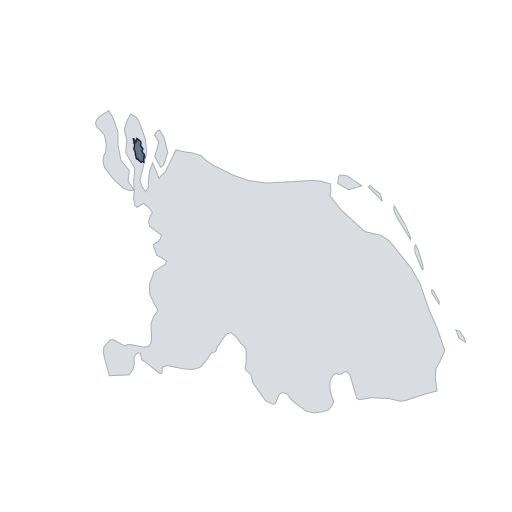 Goes, Zeeland, Netherlands shown in context, rotated 73°
{"feature_id": "6326949B11720350341334", "entity_name": "Goes", "entity_type": "district", "adm_level": 2, "iso_a3": "NLD", "parent_name": "Netherlands", "parent_adm1": "Zeeland", "projection": "natural_earth1", "projection_center": [3.836, 51.516], "detail": "fine", "context": "in_parent", "style": "filled", "palette": "slate", "viewbox_px": 512, "rotation_deg": 73, "n_neighbors": 0, "source": "geoboundaries", "source_scale": "gbopen_adm2", "svg_char_len": 5600}
<svg xmlns="http://www.w3.org/2000/svg" viewBox="0 0 512 512"><g transform="rotate(73 256 256)"><path d="M327.6,431.2L317.8,431.0L308.7,430.7L303.9,430.1L298.7,428.2L296.3,424.4L293.5,419.8L294.2,417.0L302.7,408.9L303.9,406.7L303.1,405.5L303.9,402.0L310.3,390.0L311.1,385.2L308.2,381.8L303.9,379.8L290.2,376.3L283.6,371.3L280.5,366.9L277.4,365.7L272.9,367.1L261.6,368.8L252.3,366.4L241.3,358.1L238.8,350.8L237.4,345.1L234.6,343.1L231.0,346.0L226.4,350.6L217.2,351.2L214.6,350.1L214.1,347.6L213.6,345.1L211.1,342.1L208.3,340.4L196.7,348.9L192.4,348.9L186.9,345.6L184.2,342.4L178.3,344.3L172.9,348.2L174.8,355.6L171.9,357.0L165.3,356.3L157.8,353.2L149.4,351.4L136.8,346.3L119.1,350.4L106.8,345.5L96.6,345.0L90.3,341.0L83.5,334.4L88.3,330.0L93.0,328.5L111.7,327.6L125.2,330.3L149.6,344.8L155.8,344.7L162.3,342.8L159.0,338.9L152.9,337.0L143.8,333.1L136.6,327.6L153.6,325.9L151.2,323.0L149.0,318.2L131.0,301.4L134.1,296.8L138.6,287.1L144.2,279.0L148.6,276.8L155.9,271.1L171.9,254.3L181.9,240.6L189.4,224.3L200.3,179.7L203.5,172.1L208.8,163.7L215.4,165.3L220.1,167.7L236.4,161.3L264.5,144.9L272.6,130.6L280.7,124.0L312.8,111.1L330.6,107.2L358.1,106.2L377.9,103.9L401.7,103.1L410.9,111.1L416.3,116.9L424.8,120.1L438.0,122.3L437.4,133.9L437.9,156.6L437.0,160.7L431.2,170.3L425.2,187.6L423.7,198.9L421.9,201.1L396.8,201.0L393.2,203.0L392.7,205.5L394.0,208.4L393.5,211.3L391.5,213.7L392.7,217.4L397.1,221.7L405.1,224.4L413.6,224.6L418.0,224.1L421.2,227.2L424.4,231.9L424.3,237.9L423.2,245.8L419.3,253.2L407.8,261.7L402.6,264.7L397.7,266.2L395.4,268.5L394.4,271.3L394.7,273.9L403.0,280.7L402.9,282.2L400.5,285.8L397.4,289.1L376.1,296.1L367.3,295.6L362.3,299.0L360.7,299.7L355.1,296.5L342.6,292.8L337.9,294.1L335.3,296.1L327.5,298.5L321.9,302.4L322.0,307.3L332.0,320.0L335.6,322.5L335.8,327.3L340.7,333.2L345.7,340.7L346.3,345.5L345.8,350.3L343.3,357.1L334.8,373.1L334.8,376.2L335.5,378.5L338.5,379.2L340.7,380.4L340.1,382.5L324.0,393.6L322.0,395.6L315.2,395.0L314.2,396.9L315.1,399.9L317.8,402.5L323.6,403.9L328.6,406.7L332.6,412.3L327.6,431.2ZM157.8,353.2L156.4,357.9L152.7,363.0L140.0,370.3L126.8,375.1L120.0,374.5L115.3,372.0L112.8,369.4L105.7,366.8L96.0,365.5L89.9,368.3L85.6,370.9L81.8,370.5L79.0,368.3L76.8,364.9L74.0,354.3L81.2,352.4L96.9,351.7L109.0,355.4L125.0,357.2L137.2,352.1L146.8,356.4L157.8,353.2ZM131.2,310.1L140.6,316.7L142.6,318.9L143.3,321.2L131.4,323.8L118.8,315.6L110.5,317.6L107.4,313.7L107.3,311.3L116.0,309.2L131.2,310.1ZM219.8,148.0L210.5,156.6L204.8,154.2L203.1,152.2L206.0,145.5L219.8,134.3L219.8,148.0ZM261.1,109.8L252.3,110.8L248.3,109.1L269.5,104.3L282.9,102.8L285.3,103.5L261.1,109.8ZM318.0,101.0L299.4,102.9L293.1,101.4L292.0,100.0L297.1,99.2L313.0,99.0L317.9,100.2L318.0,101.0ZM240.7,119.2L223.2,128.1L221.7,126.7L233.0,119.0L240.7,119.2ZM393.8,86.0L385.0,86.4L387.5,83.2L395.6,80.8L399.9,80.8L393.8,86.0ZM356.0,94.7L342.9,98.8L339.7,97.9L340.4,96.7L352.0,94.2L356.0,94.7Z" fill="#d9dde1" stroke="#a8b0b8" stroke-width="1"/><path d="M127.8,341.9L128.0,341.7L128.1,341.4L128.0,341.2L128.3,341.1L128.6,341.1L128.8,341.2L128.9,340.9L129.0,340.8L129.0,340.7L129.0,340.4L130.3,340.2L130.7,339.7L130.8,339.7L131.9,338.9L132.8,338.6L132.8,338.4L132.7,338.0L132.7,337.9L132.6,337.5L132.6,337.3L132.6,337.2L132.6,336.8L132.7,336.7L133.1,336.2L133.4,335.9L133.2,335.8L132.9,335.8L132.9,335.7L132.7,335.7L132.4,335.7L132.0,335.6L131.8,335.6L131.7,335.6L131.3,335.4L131.1,335.4L130.9,335.3L130.7,335.3L130.7,335.2L130.4,335.1L130.0,334.9L129.9,334.9L129.7,334.8L129.6,334.7L129.7,334.4L129.5,334.2L129.3,334.0L129.2,334.0L129.2,333.9L128.9,333.8L128.7,333.9L128.8,333.7L128.7,333.7L128.3,333.7L128.1,333.6L127.9,333.6L127.9,333.4L127.7,333.3L127.5,333.2L127.3,333.2L127.1,333.2L126.9,333.2L126.6,333.2L126.4,333.2L126.2,333.2L126.2,333.3L125.8,333.4L125.6,333.5L125.4,333.6L125.2,333.7L125.0,333.8L124.9,333.8L124.6,333.9L124.4,334.0L124.2,334.1L123.9,334.2L123.7,334.2L123.2,334.3L122.9,334.3L122.7,334.3L122.4,334.3L122.4,334.2L122.1,334.1L121.9,334.0L121.8,333.9L121.7,333.8L121.6,333.7L121.3,333.5L121.2,333.5L121.1,333.4L120.9,333.2L120.7,333.0L120.5,332.9L120.4,332.9L120.2,332.9L120.0,333.0L119.9,333.0L119.7,333.1L119.4,333.1L119.1,333.2L119.0,333.3L118.9,333.3L118.7,333.3L118.3,333.5L118.2,333.5L117.7,333.7L117.5,333.8L117.4,333.9L117.3,334.0L117.2,334.0L116.8,334.1L116.7,334.1L116.4,334.2L114.7,333.2L114.0,332.9L113.8,332.9L113.7,332.9L113.3,332.8L113.2,332.8L112.8,333.0L112.7,333.1L112.3,333.3L112.1,333.3L111.7,333.5L111.3,333.7L111.2,333.8L111.0,334.0L110.9,334.2L110.7,334.3L110.3,334.6L110.2,334.6L109.9,334.8L109.6,334.9L109.4,335.1L109.2,335.2L109.0,335.3L108.9,335.4L108.8,335.5L109.9,336.2L109.9,336.3L110.0,336.3L111.2,336.9L111.3,337.0L111.5,337.1L111.9,337.3L111.8,337.8L108.5,338.5L108.5,338.9L108.0,338.9L108.0,339.1L108.6,339.1L109.2,339.1L109.3,339.2L109.5,339.1L110.0,339.1L110.3,339.2L110.8,339.3L111.2,339.3L111.5,339.4L111.8,339.4L112.2,339.4L112.4,339.4L112.5,339.4L112.5,339.5L112.6,339.4L112.6,339.5L113.0,339.5L113.3,339.5L113.6,339.5L113.9,339.6L114.0,339.6L114.5,339.7L114.8,339.8L115.0,339.8L115.4,340.0L115.6,340.2L116.0,340.4L116.2,340.5L116.5,340.8L116.8,341.0L117.0,341.1L117.4,341.3L117.4,341.2L117.6,341.3L117.8,341.4L118.0,341.4L118.4,341.4L118.5,341.4L119.0,341.4L119.3,341.4L119.6,341.3L119.8,341.2L120.1,341.2L120.3,341.2L120.5,341.2L120.8,341.1L121.0,341.2L121.4,341.2L121.5,341.2L121.8,341.3L122.0,341.3L122.3,341.3L122.8,341.3L123.7,341.5L123.8,341.7L124.0,341.8L124.3,341.8L124.5,341.7L124.8,341.7L125.0,341.7L125.8,341.8L126.0,341.8L126.9,341.8L127.3,341.9L127.8,341.9Z" fill="#64748b" stroke="#1e293b" stroke-width="1.5"/></g></svg>